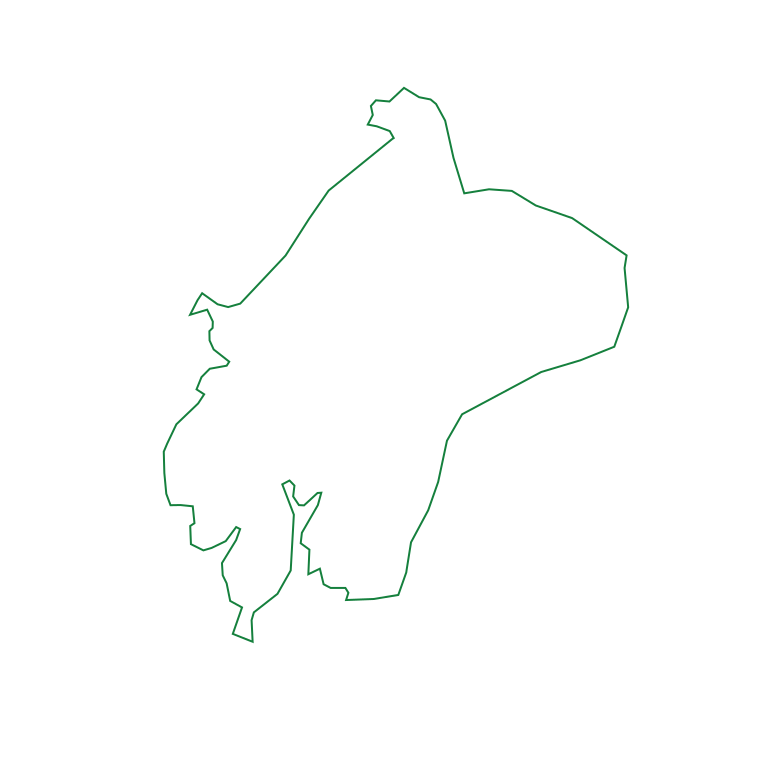 Onchon, P'yŏngan-namdo, North Korea, rotated 19°
{"feature_id": "82179303B53175016570528", "entity_name": "Onchon", "entity_type": "district", "adm_level": 2, "iso_a3": "PRK", "parent_name": "North Korea", "parent_adm1": "P'yŏngan-namdo", "projection": "equal_earth", "projection_center": [125.215, 38.867], "detail": "fine", "context": "isolated", "style": "outline", "palette": "green", "viewbox_px": 768, "rotation_deg": 19, "n_neighbors": 0, "source": "geoboundaries", "source_scale": "gbopen_adm2", "svg_char_len": 1494}
<svg xmlns="http://www.w3.org/2000/svg" viewBox="0 0 768 768"><g transform="rotate(19 384 384)"><path d="M335.4,99.8L323.8,101.4L306.5,97.5L297.2,115.1L284.0,118.4L281.1,125.4L285.8,133.3L284.2,144.0L293.2,142.7L307.1,143.0L313.1,148.3L312.0,149.7L268.7,219.1L259.4,252.1L249.1,294.6L221.9,354.8L211.6,362.0L200.7,362.8L182.5,357.4L180.4,365.5L178.1,381.7L192.6,371.3L201.8,380.7L203.7,386.8L201.7,390.9L204.9,399.6L211.7,406.8L230.4,413.3L229.3,417.9L218.8,423.8L214.3,426.3L209.2,436.9L208.5,450.1L217.3,452.3L214.6,462.9L200.8,489.7L198.4,511.0L197.8,519.7L205.3,539.7L213.9,558.7L221.6,568.1L231.0,564.7L243.0,561.9L250.1,577.3L247.0,581.3L253.6,598.3L267.4,600.1L274.4,595.1L285.5,584.1L290.8,567.4L295.2,568.0L295.0,579.7L289.1,606.1L293.8,617.4L300.1,623.7L309.2,639.2L322.5,641.5L322.4,669.5L343.7,670.5L335.7,650.4L335.3,642.3L351.6,617.1L356.5,590.7L341.3,536.9L320.5,512.0L326.1,506.0L332.4,509.2L334.7,519.9L343.0,526.2L347.9,524.8L353.5,514.5L356.6,508.7L360.1,507.2L360.9,520.0L354.8,551.4L357.1,561.7L367.4,564.9L374.4,588.5L383.5,579.5L392.1,593.0L400.0,594.2L413.9,589.4L418.3,593.0L418.5,600.6L444.1,590.7L466.2,578.8L466.3,568.0L466.4,554.9L465.9,552.3L461.1,524.9L466.9,489.0L467.1,459.0L462.0,417.1L467.7,387.2L506.5,345.4L528.7,321.5L561.9,297.7L589.6,273.8L589.8,252.9L589.9,232.0L573.7,196.0L571.5,183.4L507.9,165.9L469.4,165.8L442.0,159.8L419.9,165.7L397.8,177.6L376.1,147.6L356.1,115.1L342.1,102.3L335.4,99.8Z" fill="none" stroke="#15803d" stroke-width="2"/></g></svg>